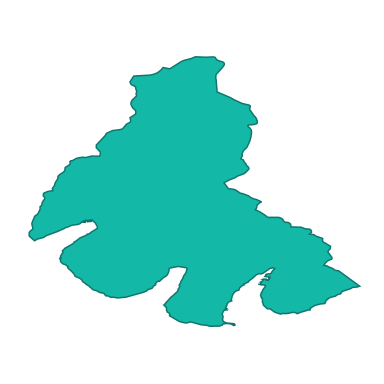 the district of Fjallabyggð, Norðurland eystra, Iceland, rotated 178°
{"feature_id": "244011B2207988314752", "entity_name": "Fjallabyggð", "entity_type": "district", "adm_level": 2, "iso_a3": "ISL", "parent_name": "Iceland", "parent_adm1": "Norðurland eystra", "projection": "robinson", "projection_center": [-18.797, 66.047], "detail": "fine", "context": "isolated", "style": "filled", "palette": "teal", "viewbox_px": 384, "rotation_deg": 178, "n_neighbors": 0, "source": "geoboundaries", "source_scale": "gbopen_adm2", "svg_char_len": 5971}
<svg xmlns="http://www.w3.org/2000/svg" viewBox="0 0 384 384"><g transform="rotate(178 192 192)"><path d="M164.1,325.7L166.2,326.3L173.2,326.2L184.0,327.0L188.1,325.4L195.0,323.9L198.1,322.8L209.8,315.9L216.6,317.4L218.5,315.2L220.8,313.4L222.8,312.2L225.8,311.1L229.5,310.3L246.2,309.9L250.2,304.1L249.3,301.9L248.7,301.3L245.5,299.7L244.7,298.9L244.5,296.7L243.7,294.6L244.5,291.9L244.0,290.3L244.3,289.7L248.7,285.8L249.8,283.7L249.9,282.1L249.7,281.1L248.4,278.3L245.5,275.2L245.4,273.6L245.5,272.3L246.2,271.5L251.4,268.4L250.8,265.7L250.9,264.6L251.7,263.7L255.2,262.0L259.3,257.4L263.0,256.7L269.1,256.2L275.5,253.6L276.9,251.3L286.0,242.3L286.1,239.6L282.4,235.3L282.2,234.4L282.6,231.9L283.1,231.0L291.1,231.4L297.3,230.1L300.2,230.6L304.3,230.1L306.7,229.5L310.2,227.6L312.1,227.4L313.0,226.5L312.7,225.4L312.7,224.4L314.1,223.1L317.9,220.9L318.4,217.7L320.0,216.2L323.1,214.4L325.4,212.4L325.7,210.0L328.3,206.1L329.2,203.4L331.5,200.3L330.9,198.2L336.0,197.6L340.0,196.1L340.5,195.5L340.8,193.3L339.5,191.9L339.3,191.4L339.9,189.5L340.6,189.0L342.2,186.4L342.6,184.0L344.4,182.6L344.3,181.1L344.6,179.6L346.4,176.3L347.3,174.9L349.0,174.1L350.1,173.1L353.1,166.5L353.0,164.5L352.3,161.4L352.6,160.4L355.6,158.0L356.1,157.2L356.3,154.2L356.0,153.4L351.1,148.8L350.8,148.9L348.0,150.4L342.0,151.7L339.1,153.5L328.4,157.0L321.1,159.9L319.4,160.9L317.8,161.2L313.2,163.0L306.8,163.6L304.6,164.5L303.5,165.7L299.1,165.4L300.7,165.9L299.8,166.4L300.0,166.5L301.0,166.0L302.2,166.3L300.8,167.2L299.1,167.3L299.4,166.9L298.9,167.3L296.8,167.3L297.0,166.7L296.6,167.3L294.4,167.3L294.5,167.6L293.4,167.6L293.6,166.6L293.9,166.3L297.2,166.2L298.3,166.0L297.6,166.0L298.2,165.6L297.4,166.0L293.7,166.1L293.1,167.6L292.7,167.5L292.9,166.9L291.9,166.5L289.8,164.6L287.8,160.6L287.8,159.0L294.8,155.0L296.0,153.8L298.3,153.5L299.0,152.5L305.6,150.0L309.8,146.9L311.5,146.2L311.6,145.7L312.7,144.5L321.0,140.2L322.2,138.8L323.4,138.0L323.6,137.4L323.1,136.7L323.1,135.7L324.1,134.9L324.7,133.7L325.6,132.6L325.5,131.8L325.9,131.0L325.5,130.8L326.2,130.4L325.6,130.0L326.2,129.5L325.8,128.9L325.8,127.1L323.7,124.8L320.7,123.5L318.7,122.0L318.6,121.7L319.0,121.4L318.3,119.8L315.9,117.7L312.9,114.4L311.6,111.7L307.6,109.9L305.5,108.4L304.2,106.0L301.6,104.3L300.9,103.3L298.4,101.8L297.1,100.3L295.8,99.4L294.8,98.0L290.4,96.5L288.0,94.9L283.7,93.9L281.8,91.2L279.9,91.2L276.6,89.5L273.9,89.6L270.4,88.7L261.7,89.2L243.6,93.6L240.3,95.0L239.2,96.3L237.1,96.5L235.1,97.3L233.9,99.1L231.5,100.7L231.8,101.3L230.5,103.2L228.8,104.1L227.7,103.8L223.8,107.2L220.9,108.8L219.6,110.1L218.6,111.8L217.8,114.0L217.5,116.2L217.0,116.7L208.6,118.1L200.4,116.5L199.5,115.7L200.6,112.3L202.0,109.9L203.3,108.4L204.5,105.4L206.1,103.2L206.8,101.3L208.1,99.3L207.5,98.4L208.1,96.9L209.2,95.6L209.6,93.5L214.6,89.1L216.3,88.0L222.8,81.3L223.2,80.3L224.1,80.0L221.6,77.4L221.5,74.4L221.1,73.6L221.1,73.1L219.1,71.7L218.2,69.9L218.8,69.2L218.6,69.0L209.3,63.1L204.3,61.6L202.0,61.3L197.8,62.2L187.5,59.0L181.6,58.2L179.0,57.2L169.3,57.0L166.5,57.9L165.3,59.1L161.9,59.4L157.7,58.8L155.0,57.1L153.8,57.3L153.7,58.0L154.5,58.9L162.1,59.9L164.9,61.3L165.5,62.1L165.9,63.9L165.3,66.0L165.6,67.8L166.2,68.8L164.6,72.2L162.8,72.9L161.8,72.9L163.0,73.8L162.4,74.3L161.2,74.2L162.5,75.4L161.1,77.3L160.8,79.1L158.7,81.1L156.1,81.8L156.5,82.6L156.4,83.5L155.8,84.9L155.8,85.8L154.5,88.6L152.3,91.0L150.2,92.0L148.7,92.1L147.7,94.6L144.7,96.9L143.1,97.4L143.3,97.7L143.3,98.2L138.6,100.2L138.4,101.0L134.5,103.7L130.3,107.2L127.8,108.0L125.8,107.7L123.6,108.5L116.7,112.9L114.4,113.2L114.0,113.7L112.0,112.7L114.7,109.8L116.0,107.7L120.3,107.3L121.0,107.0L120.8,106.5L122.1,105.0L118.7,104.5L118.9,103.7L118.6,104.5L117.0,104.4L117.4,103.3L118.3,103.4L118.2,103.0L117.7,102.9L118.4,102.9L117.5,102.7L118.4,101.6L119.0,101.5L118.6,101.3L119.0,101.0L119.9,101.1L119.6,101.6L121.2,101.8L121.0,102.3L121.3,102.3L121.5,101.8L122.3,102.4L123.3,102.5L124.6,102.2L123.8,101.8L125.9,99.6L126.8,99.6L127.4,98.9L126.6,99.4L125.9,99.4L126.0,98.9L126.5,98.8L126.5,97.6L126.1,97.5L127.4,97.2L129.0,97.8L127.4,97.1L124.8,96.6L124.1,96.8L121.8,96.0L121.8,95.5L122.3,94.7L124.7,91.7L125.5,89.6L126.3,88.9L126.1,88.3L127.1,86.7L126.4,83.9L125.3,82.6L125.5,79.6L125.0,78.7L124.7,76.6L121.0,72.8L117.9,72.4L113.6,69.1L107.9,66.9L105.5,67.4L101.6,67.2L95.3,68.2L92.9,67.9L91.1,66.7L87.4,68.1L79.3,70.1L78.2,69.9L77.7,71.9L76.6,72.2L76.1,72.8L72.6,74.5L67.6,75.6L63.2,75.9L63.1,76.5L62.4,77.0L62.2,78.5L59.7,80.4L59.5,80.9L56.9,81.9L52.1,83.0L50.1,84.4L47.2,85.0L45.3,87.4L36.8,89.9L34.7,91.1L30.6,91.2L27.7,92.0L48.2,108.1L51.8,108.8L54.4,110.9L56.5,111.6L59.7,113.4L62.8,114.1L60.8,116.8L59.6,117.8L58.2,118.8L54.9,119.9L54.3,120.9L54.8,122.3L58.1,127.1L58.1,128.1L55.9,130.4L55.4,132.9L63.0,137.8L63.3,138.2L63.0,140.7L63.2,141.1L70.0,143.7L71.6,145.1L76.0,145.7L73.9,147.7L74.1,149.0L74.8,150.2L75.9,150.8L80.0,151.2L84.2,153.0L94.4,153.7L94.6,156.4L95.7,157.5L97.2,158.3L100.7,158.6L102.6,161.9L104.9,163.2L106.1,163.6L116.7,164.0L117.8,164.4L119.4,166.0L125.2,170.0L129.4,172.0L128.0,173.7L127.6,176.2L125.0,178.7L123.1,179.6L123.2,179.9L127.7,182.2L130.3,182.9L132.9,184.1L136.1,186.4L141.1,188.5L143.9,189.2L148.3,192.5L150.5,193.3L155.5,194.1L159.7,200.1L153.7,203.0L148.1,204.9L145.8,206.4L140.0,208.2L138.0,209.4L134.6,212.6L134.3,213.2L134.4,214.1L135.4,215.7L136.8,216.8L137.2,218.4L138.8,220.3L139.5,222.2L141.9,223.3L142.1,223.7L140.5,226.1L140.5,229.0L139.0,231.6L135.7,234.6L134.9,236.0L132.5,240.8L131.3,244.5L130.5,248.3L130.4,250.4L130.7,252.1L132.4,254.4L134.0,255.7L133.8,256.5L133.0,257.0L128.6,257.2L125.2,257.9L124.5,258.5L124.3,260.7L125.2,263.3L126.0,264.7L127.5,266.2L131.4,272.4L131.6,273.3L130.9,274.5L130.8,275.4L130.9,276.1L131.7,276.8L139.0,278.8L146.9,282.8L150.6,285.1L163.4,291.1L164.0,303.6L164.3,304.8L164.0,308.0L163.7,308.7L157.4,315.2L155.3,317.9L155.2,318.9L155.7,320.2L156.3,320.7L162.1,322.8L163.7,324.7L164.1,325.7Z" fill="#14b8a6" stroke="#0f766e" stroke-width="1.5"/></g></svg>